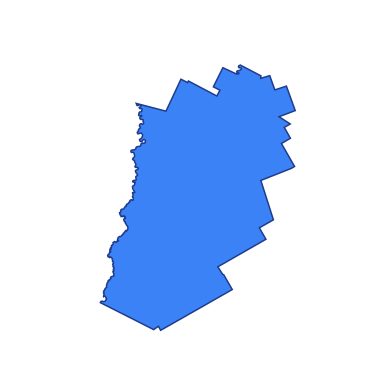 Salavina, Santiago del Estero, Argentina, rotated 60°
{"feature_id": "61730980B95866867056524", "entity_name": "Salavina", "entity_type": "district", "adm_level": 2, "iso_a3": "ARG", "parent_name": "Argentina", "parent_adm1": "Santiago del Estero", "projection": "albers", "projection_center": [-63.402, -28.927], "detail": "fine", "context": "isolated", "style": "filled", "palette": "blue", "viewbox_px": 384, "rotation_deg": 60, "n_neighbors": 0, "source": "geoboundaries", "source_scale": "gbopen_adm2", "svg_char_len": 6096}
<svg xmlns="http://www.w3.org/2000/svg" viewBox="0 0 384 384"><g transform="rotate(60 192 192)"><path d="M106.2,86.7L106.1,87.7L106.2,88.6L106.9,89.2L107.6,89.3L108.3,88.6L108.7,87.9L109.3,87.4L109.9,87.6L110.4,88.1L110.5,89.2L110.4,90.5L110.0,91.2L109.8,92.3L110.0,93.0L110.8,93.3L111.4,93.1L111.8,92.2L112.5,92.0L113.0,92.6L112.2,93.5L112.3,94.3L99.8,103.1L111.6,120.9L117.8,116.9L121.3,122.5L94.1,139.6L95.0,141.1L88.8,145.2L109.0,174.1L87.4,196.0L88.2,196.1L88.7,196.3L89.6,196.3L90.0,196.0L90.1,195.6L90.2,194.7L90.6,193.3L91.1,192.8L91.5,192.8L92.0,193.1L92.1,193.6L92.4,194.3L92.5,195.5L93.2,195.5L93.6,195.5L94.0,195.2L94.1,194.8L94.4,194.1L94.7,193.9L95.4,193.9L95.8,194.1L96.1,194.6L96.7,194.9L97.0,195.3L97.0,196.3L96.7,196.9L96.5,197.5L97.0,198.3L97.5,198.7L98.1,199.4L98.8,199.8L99.5,199.7L99.9,199.2L100.2,198.6L100.3,197.7L100.7,197.4L101.2,197.6L101.2,199.0L101.5,199.8L101.7,200.1L102.3,200.4L103.0,200.3L103.7,199.9L104.3,198.7L104.8,198.3L105.4,198.3L106.1,198.9L106.6,199.2L108.1,199.3L108.5,199.9L108.6,200.4L108.6,200.9L108.4,201.3L107.8,201.5L107.5,201.8L107.2,202.8L107.7,203.7L108.1,204.3L109.2,204.6L110.1,204.5L110.7,204.7L110.9,205.6L110.9,206.4L111.7,207.7L112.4,207.9L112.7,208.4L112.7,209.1L113.3,209.8L114.1,209.8L114.6,209.7L114.9,209.2L115.0,208.3L115.1,207.8L115.2,207.2L115.8,206.4L117.3,206.2L117.9,206.3L118.5,206.6L119.1,207.2L119.2,207.5L120.0,208.4L120.2,209.0L120.2,210.6L120.5,211.4L121.9,211.6L122.5,211.3L122.9,211.0L123.2,210.5L123.2,209.9L123.1,209.5L122.6,209.0L122.5,208.4L122.5,207.3L122.8,207.0L124.0,206.5L124.5,206.6L124.7,207.0L125.3,207.7L125.9,208.0L126.0,208.6L125.8,209.4L125.2,209.9L124.8,210.5L124.8,211.2L124.9,212.1L125.5,212.7L126.0,213.0L126.3,213.4L126.4,213.9L125.4,216.7L125.3,217.7L125.4,218.1L126.0,218.5L126.3,218.9L126.6,219.5L126.6,220.6L126.3,221.6L125.9,222.3L125.6,223.4L125.6,224.0L126.1,224.5L126.6,224.8L127.4,224.7L127.8,223.9L128.6,222.8L129.2,222.8L130.7,223.2L131.4,223.3L132.6,224.1L133.0,224.6L133.2,226.3L133.9,227.0L134.6,227.0L135.6,226.3L136.7,226.3L137.3,226.6L139.6,226.7L140.1,226.9L140.8,227.3L141.1,228.3L141.4,228.7L142.2,228.7L142.5,228.5L143.2,227.4L143.7,226.7L144.9,226.8L145.1,227.2L145.2,227.7L145.2,229.2L145.1,229.9L145.4,230.4L146.1,230.7L146.7,230.8L147.2,230.8L149.0,230.6L150.0,230.6L150.3,230.9L150.4,231.5L150.5,232.8L151.0,233.3L153.0,233.9L153.5,234.2L153.7,234.5L153.5,235.1L153.3,235.4L153.1,236.0L152.9,236.4L152.8,237.8L153.1,238.1L153.8,238.1L154.1,237.9L154.4,237.6L154.6,237.0L154.8,236.4L155.3,236.4L155.6,236.7L155.9,237.3L156.4,237.6L157.3,238.8L157.2,240.1L157.4,240.7L158.1,241.1L159.2,241.5L160.2,241.7L161.9,241.7L162.9,241.6L163.6,241.7L163.7,241.9L163.7,242.4L163.0,243.2L162.9,243.8L163.5,244.1L164.4,244.2L165.7,244.9L165.8,245.3L166.3,246.0L166.9,246.0L167.2,245.8L167.5,245.7L167.8,245.8L168.4,246.2L169.5,247.0L169.5,247.4L169.4,247.7L169.2,247.9L168.6,248.1L168.3,248.6L168.3,250.0L169.3,250.7L169.6,251.0L169.6,251.5L169.4,251.8L169.9,252.5L170.0,253.2L170.3,253.7L170.2,254.7L170.0,254.8L170.3,255.3L170.7,255.6L171.1,255.7L171.4,256.0L171.1,256.5L171.4,257.6L171.7,258.3L172.5,259.6L172.5,260.2L172.0,260.8L171.8,261.4L171.8,261.9L172.1,262.8L173.1,263.2L173.5,263.5L173.7,263.9L173.6,264.7L173.7,265.2L174.5,265.3L175.0,265.3L175.3,265.6L175.7,265.7L176.0,265.6L176.6,265.2L177.3,265.6L177.8,265.7L178.0,265.3L178.1,265.0L178.6,264.5L178.5,264.1L178.3,263.6L178.8,263.4L178.9,262.8L179.3,262.3L179.7,262.3L179.8,262.7L180.1,263.0L180.6,262.9L181.0,262.6L181.4,262.6L181.6,263.0L181.3,264.2L181.6,264.5L181.6,264.9L182.1,265.1L182.9,265.1L183.8,265.3L184.1,265.1L184.6,264.7L185.2,264.9L185.2,265.1L185.7,265.3L186.5,265.2L188.0,265.2L188.6,265.1L190.3,265.0L190.9,265.3L191.2,265.7L191.9,266.1L192.5,266.7L192.5,267.2L193.1,268.2L192.6,268.5L192.2,268.8L192.6,269.6L193.1,270.1L193.1,270.7L193.5,271.2L193.4,272.0L194.0,272.4L194.1,272.8L194.1,273.7L194.6,274.0L194.6,274.8L194.9,275.7L194.7,276.5L194.3,276.9L194.4,278.2L194.8,279.2L195.5,279.6L195.7,280.1L196.5,280.4L196.7,280.8L197.2,280.6L197.4,280.3L197.7,280.7L197.4,281.2L197.4,282.0L197.7,282.7L197.2,282.9L196.8,283.3L196.6,283.7L196.2,283.9L196.5,284.6L196.2,285.2L196.3,285.7L197.1,285.8L197.5,286.1L197.8,286.8L198.2,287.2L198.2,287.5L198.0,288.0L198.1,288.6L198.8,288.7L199.2,288.9L199.5,289.8L199.9,289.9L199.7,290.4L199.9,290.9L201.1,290.8L201.2,291.1L201.0,291.4L200.9,291.9L201.6,292.3L202.1,292.8L202.6,292.6L202.8,292.3L203.2,292.4L203.3,292.7L203.1,293.3L203.4,294.0L203.8,294.3L204.2,294.9L204.2,295.3L204.3,295.8L204.5,296.1L204.5,296.4L204.9,296.8L205.5,296.8L205.7,297.0L206.4,297.0L206.4,296.0L206.8,295.9L207.7,296.0L207.7,294.9L208.0,294.7L208.3,294.7L209.0,294.4L209.6,294.4L210.4,294.8L211.0,294.8L211.6,294.9L211.9,295.4L212.7,295.5L213.5,295.2L214.5,295.7L214.7,296.0L214.7,296.5L214.8,296.8L215.7,297.0L216.7,297.1L217.3,297.8L217.6,297.6L217.9,297.2L218.6,297.5L218.9,297.8L219.6,298.2L219.6,298.8L220.3,299.0L221.2,299.0L221.5,299.4L221.5,299.5L221.3,299.7L221.2,300.0L221.5,300.4L223.2,300.5L224.1,300.9L224.8,301.0L225.7,301.8L225.7,302.0L225.4,302.4L225.2,303.4L225.1,303.9L225.1,304.9L225.6,305.4L226.4,305.6L226.5,306.0L226.5,306.7L226.9,307.1L227.0,307.6L226.7,307.8L227.1,308.4L226.9,308.9L227.2,309.4L227.8,309.5L228.2,310.2L228.3,310.8L228.9,311.5L229.3,311.7L229.5,312.0L230.1,312.8L230.8,313.0L231.3,313.4L231.9,313.6L231.9,314.3L232.2,315.5L232.6,315.7L232.6,316.1L233.0,316.5L233.2,316.8L233.5,317.5L233.6,318.0L234.1,318.1L234.5,318.4L234.7,318.7L235.0,318.7L235.0,319.0L236.3,319.1L237.3,320.0L238.1,320.8L238.5,320.8L238.2,319.9L238.9,319.3L239.4,319.4L241.1,319.3L241.9,319.4L241.9,320.0L242.5,320.4L242.6,321.0L243.1,321.7L243.1,322.3L242.9,323.1L242.5,323.6L241.9,324.0L241.2,325.3L241.5,326.2L242.0,326.7L292.0,294.0L291.5,288.2L296.1,288.3L296.6,205.9L279.4,205.9L278.8,206.6L269.7,207.0L269.9,151.6L256.7,151.6L256.8,135.4L216.4,126.6L221.2,94.2L221.2,90.4L194.7,90.3L194.7,79.9L182.2,79.8L182.2,72.9L170.3,79.0L173.1,61.9L147.5,57.3L145.0,69.2L130.1,66.5L127.9,75.7L125.9,74.2L106.2,86.7Z" fill="#3b82f6" stroke="#1e3a8a" stroke-width="1.5"/></g></svg>